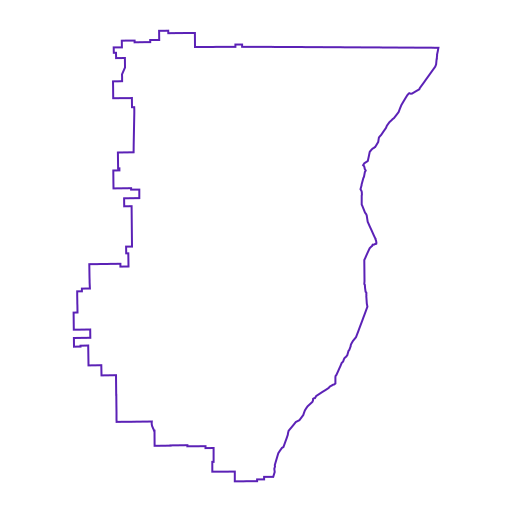 the district of Meekatharra, Western Australia, Australia
{"feature_id": "25037944B5193502600366", "entity_name": "Meekatharra", "entity_type": "district", "adm_level": 2, "iso_a3": "AUS", "parent_name": "Australia", "parent_adm1": "Western Australia", "projection": "albers", "projection_center": [119.195, -25.303], "detail": "fine", "context": "isolated", "style": "outline", "palette": "violet", "viewbox_px": 512, "rotation_deg": 0, "n_neighbors": 0, "source": "geoboundaries", "source_scale": "gbopen_adm2", "svg_char_len": 5754}
<svg xmlns="http://www.w3.org/2000/svg" viewBox="0 0 512 512"><path d="M113.1,87.3L113.2,98.2L117.3,98.2L122.3,98.1L130.3,98.1L131.9,98.0L132.0,107.2L134.2,107.2L134.3,109.6L134.3,113.2L134.2,118.2L133.7,143.8L133.6,152.3L117.9,152.5L118.1,168.3L119.4,168.3L119.4,170.4L113.3,170.5L113.4,181.4L113.5,188.4L131.1,188.2L131.1,189.6L139.3,189.6L139.3,198.1L124.1,198.3L124.2,206.3L131.6,206.2L132.0,246.6L126.1,246.6L126.2,253.3L126.6,253.3L128.3,253.3L128.5,266.5L120.4,266.6L120.4,263.8L117.3,263.8L115.3,263.9L112.8,263.9L109.8,263.9L107.3,264.0L104.3,264.0L102.3,264.0L100.3,264.0L97.8,264.1L93.8,264.1L91.3,264.1L89.3,264.2L89.5,277.1L89.6,280.4L89.6,282.2L89.9,288.5L87.9,288.5L85.9,288.5L83.9,288.6L81.9,288.6L81.9,291.3L79.6,291.3L77.2,291.3L77.2,294.6L77.2,295.4L77.2,295.6L77.3,301.4L77.3,301.5L77.3,303.1L77.3,303.4L77.4,305.4L77.4,305.6L77.5,312.5L73.6,312.6L73.8,329.7L75.0,329.7L75.3,329.7L75.8,329.7L90.2,329.5L90.3,337.8L80.9,337.9L73.9,338.0L74.0,346.7L77.5,346.6L80.5,346.6L80.5,345.7L85.3,345.6L88.2,345.5L88.5,365.4L96.4,365.3L101.3,365.2L101.4,370.1L101.5,375.4L108.0,375.3L109.0,375.3L116.0,375.2L116.2,394.9L116.3,394.9L116.4,405.1L116.5,412.5L116.5,419.4L116.6,421.9L122.9,421.8L130.7,421.8L135.6,421.7L144.5,421.6L146.5,421.6L151.8,421.5L151.7,423.0L151.7,423.9L151.7,424.0L151.8,424.5L151.9,425.1L152.2,426.3L152.7,427.4L153.0,428.2L153.7,429.6L154.0,430.7L154.5,430.7L154.6,445.8L155.0,445.8L156.5,445.8L157.1,445.8L166.4,445.7L169.3,445.7L170.5,445.7L170.5,445.4L176.0,445.3L177.1,445.3L179.0,445.3L187.4,445.2L187.4,446.3L205.5,446.2L205.5,448.1L213.6,448.0L213.6,455.5L213.6,461.9L212.3,461.9L212.3,471.7L217.3,471.7L225.3,471.7L230.3,471.6L234.8,471.6L234.8,481.3L237.7,481.3L239.3,481.3L241.5,481.3L244.2,481.3L246.4,481.2L246.8,481.2L247.3,481.2L256.3,481.2L257.1,481.2L257.1,479.4L264.1,479.4L264.1,476.9L273.2,476.9L274.7,472.0L274.3,468.8L275.0,466.5L274.8,465.1L275.6,462.3L276.9,457.9L278.3,453.2L280.0,450.6L282.0,447.8L283.4,447.1L284.4,444.4L285.5,441.3L286.5,438.6L287.8,434.8L288.0,433.2L288.6,430.8L289.9,429.2L291.2,427.7L291.7,427.1L293.5,424.9L295.1,422.9L295.8,422.0L297.8,421.0L299.4,420.2L301.5,417.4L303.3,415.0L303.9,413.1L304.9,410.4L306.2,408.3L307.6,406.3L310.0,404.1L312.4,401.9L313.0,400.4L313.1,398.8L314.3,398.1L315.0,398.1L316.2,396.0L318.5,394.5L322.6,391.8L325.1,390.3L326.8,389.2L328.6,388.0L329.8,386.6L331.2,385.8L331.9,385.5L332.5,384.9L334.1,384.5L335.4,383.5L335.4,377.0L335.7,375.7L336.4,375.0L337.0,373.6L337.8,371.9L339.2,368.7L340.4,366.1L341.7,362.9L342.8,361.9L343.3,361.1L343.8,359.5L344.5,358.1L345.7,357.0L346.4,356.5L346.7,355.8L347.3,355.2L347.5,354.4L348.5,350.9L349.3,349.9L350.7,346.1L350.7,345.3L351.3,343.8L352.9,341.0L354.2,339.4L356.0,337.2L358.2,331.5L359.4,328.2L360.8,324.5L362.2,320.8L363.4,317.5L364.8,313.8L366.0,310.5L367.4,306.7L367.1,305.1L366.8,303.5L366.3,296.1L366.4,295.7L366.3,294.2L366.4,293.0L366.2,292.4L365.6,291.8L365.0,287.6L365.0,286.6L364.9,286.0L364.9,285.0L364.3,284.0L364.5,281.2L364.4,270.7L364.3,261.7L364.3,260.0L365.4,257.7L365.7,257.0L365.7,256.9L365.8,256.7L367.5,252.9L368.7,250.3L369.7,248.2L371.4,246.5L372.2,245.9L372.4,245.1L372.8,244.6L373.7,244.7L374.3,244.5L375.2,243.9L375.8,244.0L376.3,243.7L376.4,242.6L376.0,240.4L375.8,240.0L375.5,239.5L375.6,238.8L375.1,238.1L373.6,234.9L372.4,232.2L371.6,230.4L369.7,226.3L368.7,224.0L367.7,221.8L367.3,219.3L366.7,215.4L366.4,214.7L366.2,214.2L366.0,213.9L365.0,212.6L363.9,209.8L362.2,205.6L361.7,204.6L361.7,195.4L361.9,194.9L361.8,192.1L361.5,191.0L360.5,189.2L361.6,185.1L361.6,184.5L362.5,181.2L363.3,178.2L364.0,176.7L364.9,171.9L365.5,171.0L365.7,170.5L364.7,168.8L364.5,167.5L364.1,166.2L363.1,165.2L364.3,163.3L365.8,162.3L367.7,161.1L367.9,160.5L368.8,156.4L369.6,152.5L369.7,152.1L369.9,151.5L370.4,151.1L371.3,149.9L372.3,148.9L372.6,148.6L374.1,147.8L374.6,147.2L375.1,147.1L376.7,144.5L378.2,142.0L378.9,137.6L379.3,137.0L379.9,136.3L381.2,134.9L383.4,131.6L384.6,129.9L386.0,127.9L386.7,126.1L387.3,125.1L389.4,122.2L391.7,120.1L392.6,119.1L393.9,118.2L396.0,115.5L398.3,112.5L398.6,112.1L400.0,108.4L401.4,105.0L403.1,102.1L404.6,99.6L405.8,97.6L407.3,95.2L408.8,93.5L409.3,93.2L410.5,93.7L411.8,93.7L412.3,93.4L414.0,92.4L416.0,91.2L419.3,89.3L419.6,88.5L420.0,87.8L421.6,85.6L424.1,82.2L425.7,79.9L428.3,76.3L432.3,70.7L435.2,66.7L436.1,64.4L436.6,59.1L436.9,58.8L436.8,58.4L437.1,55.1L437.0,54.8L437.8,51.1L438.4,47.8L434.9,47.8L431.9,47.7L429.9,47.7L426.9,47.7L423.9,47.7L420.8,47.7L419.3,47.7L416.3,47.7L413.3,47.6L409.8,47.6L406.7,47.6L405.2,47.6L402.2,47.6L399.2,47.6L395.2,47.5L393.1,47.5L391.1,47.5L388.1,47.5L385.1,47.5L382.1,47.5L379.1,47.4L376.0,47.4L372.5,47.4L369.5,47.4L366.5,47.4L363.4,47.4L361.9,47.4L358.9,47.3L355.9,47.3L352.9,47.3L349.9,47.3L346.8,47.3L343.8,47.3L340.3,47.2L337.3,47.2L334.3,47.2L330.2,47.2L327.2,47.2L324.2,47.2L320.2,47.1L316.1,47.1L314.6,47.1L311.1,47.1L309.1,47.1L306.6,47.1L304.6,47.1L302.0,47.0L298.0,47.0L295.5,47.0L292.5,47.0L290.0,47.0L287.5,47.0L285.0,47.0L282.5,47.0L280.0,47.0L277.5,47.0L275.0,47.0L272.0,46.9L267.5,46.9L262.5,46.9L258.5,46.9L254.5,46.9L250.5,46.9L246.6,46.9L244.6,46.9L242.1,46.8L242.1,44.5L238.4,44.5L235.4,44.5L235.4,46.9L232.9,46.9L230.4,46.9L227.9,46.9L225.4,46.9L222.9,46.9L220.4,46.9L217.9,46.9L215.4,46.9L212.9,47.0L210.4,47.0L207.9,47.0L205.5,47.0L203.0,47.0L200.0,47.0L197.5,47.0L195.0,47.0L194.9,33.0L186.9,33.0L174.8,33.1L168.3,33.2L168.2,30.7L164.4,30.8L159.1,30.8L159.2,40.0L150.2,40.0L150.2,42.1L147.7,42.1L134.6,42.3L134.6,40.6L126.5,40.6L121.8,40.7L121.9,47.4L113.7,47.4L113.8,52.8L116.0,52.8L116.1,58.1L124.9,58.0L125.0,67.5L122.6,73.0L122.0,74.4L122.1,77.2L122.1,78.0L122.1,79.0L122.1,81.2L118.6,81.3L114.6,81.3L113.0,81.4L113.1,87.3Z" fill="none" stroke="#5b21b6" stroke-width="2"/></svg>